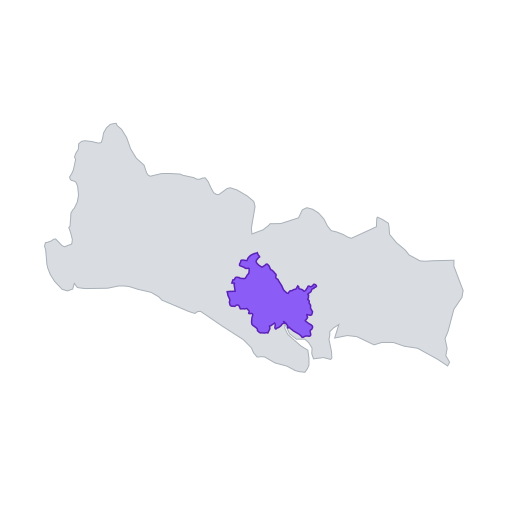 Portugal, with Santarém highlighted, rotated 280°
{"feature_id": "PRT-748", "entity_name": "Santarém", "entity_type": "District", "adm_level": 1, "iso_a3": "PRT", "parent_name": "Portugal", "parent_adm1": "", "projection": "natural_earth1", "projection_center": [-8.43, 39.286], "detail": "fine", "context": "in_parent", "style": "filled", "palette": "violet", "viewbox_px": 512, "rotation_deg": 280, "n_neighbors": 0, "source": "natural_earth", "source_scale": "10m", "svg_char_len": 6236}
<svg xmlns="http://www.w3.org/2000/svg" viewBox="0 0 512 512"><g transform="rotate(280 256 256)"><path d="M196.1,62.0L202.2,56.5L208.2,52.9L211.6,51.5L225.5,47.8L229.1,46.0L232.6,46.3L233.2,48.1L235.1,51.5L237.4,53.9L238.0,55.7L232.6,63.1L231.8,65.7L234.7,70.5L235.2,71.9L236.5,72.5L240.3,72.3L247.0,69.3L251.5,66.7L253.1,67.7L266.3,66.3L269.4,67.5L271.5,68.8L278.0,70.6L285.0,70.7L293.8,68.2L297.6,65.7L298.3,62.9L298.5,60.8L299.6,59.5L301.6,58.7L304.7,60.1L309.1,61.2L319.8,61.6L321.9,60.1L325.5,60.6L330.3,62.5L335.8,61.9L338.6,64.3L339.8,67.4L340.2,74.3L339.8,81.3L340.9,83.9L344.6,84.5L350.7,84.5L356.1,86.4L360.3,89.6L361.7,93.0L362.4,95.3L360.3,96.6L357.4,101.6L350.1,108.1L339.6,114.0L331.5,121.2L326.0,130.0L319.1,133.7L317.0,135.6L316.2,138.0L320.8,148.7L322.3,156.9L323.5,167.0L322.8,169.9L322.4,181.0L321.4,184.2L321.7,186.9L323.4,189.7L324.2,192.4L321.0,195.9L315.2,199.9L310.9,203.4L309.7,206.7L310.1,208.8L317.4,215.8L318.7,218.7L317.8,225.6L313.6,237.0L309.6,243.9L308.9,244.6L304.4,246.5L282.4,246.6L277.0,248.2L277.8,249.5L283.0,258.4L288.4,263.2L290.2,264.2L292.2,274.6L301.0,291.3L309.5,293.6L312.4,297.7L311.9,303.5L309.3,310.0L304.2,316.5L298.0,321.1L294.0,325.7L293.7,331.1L292.4,337.8L290.5,343.2L290.0,346.8L305.7,369.5L314.3,368.4L315.4,368.9L313.9,374.3L311.2,380.7L307.9,381.9L300.5,383.8L293.5,392.0L287.8,401.9L283.6,406.6L279.7,418.4L280.2,423.4L282.1,431.3L286.2,451.7L280.4,452.6L257.9,466.0L251.0,466.0L237.9,460.1L215.0,458.2L207.5,456.5L198.1,460.3L190.9,460.2L185.1,465.1L181.0,463.8L185.8,452.8L193.2,431.1L192.9,417.8L194.7,406.3L192.7,394.9L189.0,387.7L194.1,369.3L193.5,359.7L188.9,347.7L202.9,349.5L198.6,344.8L194.3,341.8L190.2,342.5L186.7,342.3L174.8,347.0L168.8,348.4L167.1,347.6L167.7,340.1L164.7,330.5L169.4,327.9L175.0,327.2L179.7,323.1L182.6,318.5L181.1,310.3L185.2,302.5L194.8,295.9L189.9,296.9L184.2,301.0L175.2,315.9L172.2,323.4L164.6,325.9L157.7,327.1L154.2,326.3L150.0,324.4L149.6,318.8L150.0,314.4L152.9,305.6L154.0,293.2L158.1,282.0L157.8,279.0L156.7,274.6L160.3,270.3L164.8,267.4L171.5,257.9L181.0,235.1L191.9,211.0L191.1,208.1L188.8,205.8L189.7,199.3L196.2,171.0L198.9,167.3L202.0,159.0L202.7,145.6L203.9,136.3L203.6,131.7L202.7,126.1L198.5,115.5L194.2,93.1L193.9,85.6L197.5,81.8L191.6,81.2L188.9,76.4L189.5,70.9L196.1,62.0Z" fill="#d9dde1" stroke="#a8b0b8" stroke-width="1"/><path d="M194.9,296.6L196.0,295.5L196.6,294.3L194.8,295.6L194.3,294.5L194.0,294.1L193.7,293.7L193.3,293.4L192.0,292.9L191.6,292.6L189.7,290.9L189.3,290.4L188.9,289.3L188.4,289.0L187.9,288.7L187.6,288.3L187.6,287.8L188.5,287.1L189.3,286.9L191.3,287.0L192.3,286.7L193.2,285.9L189.9,282.7L189.4,281.5L186.8,282.3L182.2,281.0L182.4,279.8L181.6,277.8L181.4,275.2L181.0,273.7L181.3,272.7L182.7,270.4L184.0,270.1L184.6,269.7L185.2,268.9L187.3,264.7L188.1,263.8L190.1,263.1L194.4,262.7L197.5,263.1L198.5,262.4L198.6,261.8L198.7,261.5L198.7,261.4L198.6,261.2L198.2,260.3L198.1,259.6L198.1,259.1L198.4,258.7L198.9,258.7L199.4,259.0L200.1,259.0L200.6,258.8L202.3,256.7L202.7,256.1L201.9,253.9L201.8,252.4L201.2,249.8L202.7,248.7L203.3,248.4L203.8,248.0L204.3,247.5L204.5,246.7L204.3,245.4L203.8,244.8L203.2,244.4L202.8,243.9L202.6,243.3L202.6,242.3L202.4,240.9L202.4,240.3L202.8,239.5L203.1,239.0L206.1,237.7L207.3,238.0L208.1,237.9L209.3,237.3L212.5,235.1L213.4,234.8L214.0,234.7L214.9,234.1L215.9,233.8L216.8,237.2L216.9,238.1L217.4,240.0L217.5,240.7L217.6,241.2L217.7,241.6L218.9,241.2L221.6,240.2L222.4,240.0L223.9,239.4L225.1,239.6L225.5,239.4L225.3,237.8L225.1,237.2L225.2,236.8L225.7,237.0L228.4,237.3L228.8,238.5L229.4,238.9L230.3,239.1L231.1,239.5L231.5,239.9L231.7,240.4L231.8,240.8L231.8,241.2L231.8,241.6L231.9,243.1L231.4,243.9L231.4,245.4L231.7,248.3L232.3,249.4L235.9,250.8L237.6,251.9L239.0,251.9L241.2,251.7L242.6,251.2L242.6,250.8L242.5,250.2L242.1,249.0L242.0,248.1L242.3,247.0L242.8,246.2L243.6,242.0L243.9,241.4L245.3,241.2L247.3,241.9L248.9,241.9L249.3,242.3L249.5,242.8L249.6,243.4L249.7,244.0L249.8,244.6L249.8,245.8L249.8,247.1L249.9,247.8L250.4,248.0L251.1,248.2L251.9,248.3L253.2,248.8L254.2,249.5L255.4,250.3L256.7,251.8L258.1,253.9L258.4,254.5L258.9,255.9L259.5,256.7L258.1,257.5L257.6,257.8L256.4,259.3L256.1,259.6L255.7,259.7L254.7,258.7L252.1,257.3L250.8,257.0L250.0,257.3L248.8,258.4L247.4,260.4L246.0,263.9L248.6,266.6L249.6,267.3L249.9,267.8L250.0,268.4L248.7,270.4L245.6,272.5L245.1,272.9L244.9,274.0L244.6,274.6L243.7,276.0L242.1,277.8L241.9,278.2L241.6,278.6L241.1,279.0L240.2,279.2L238.9,279.0L238.3,279.1L237.4,280.0L236.7,281.7L235.1,282.9L231.3,286.4L227.6,288.9L226.8,289.8L224.9,292.8L224.8,294.1L226.4,294.8L227.1,295.2L227.7,295.8L227.9,296.6L228.1,297.3L228.5,297.9L229.2,298.5L229.7,299.4L229.9,300.0L230.0,300.6L230.9,301.3L233.8,302.3L233.2,303.3L232.8,303.6L232.0,303.6L231.7,303.7L231.3,304.2L231.1,305.0L231.1,306.3L230.9,307.2L230.7,307.9L230.3,308.4L229.9,308.9L229.7,309.4L229.8,310.0L230.4,310.5L230.8,310.8L234.2,312.3L235.0,312.4L235.3,312.6L235.6,313.3L235.3,314.7L235.2,315.3L235.7,316.0L236.7,317.1L237.2,317.2L237.8,317.5L238.2,317.9L238.3,318.6L238.0,319.8L236.8,320.8L235.8,320.3L235.5,319.8L235.1,318.8L234.8,318.6L234.5,318.7L234.1,318.7L233.9,318.3L233.8,317.8L233.5,317.3L233.1,316.9L232.4,316.7L230.4,316.3L229.8,315.8L228.0,314.0L227.5,313.7L227.1,313.7L226.8,314.1L226.7,314.5L226.4,314.7L226.0,314.6L225.3,314.6L224.6,314.9L223.7,314.8L222.6,314.4L222.2,314.4L222.0,314.8L221.9,315.3L221.6,315.7L221.3,316.0L220.9,316.2L220.4,316.4L219.7,316.3L219.0,316.4L217.6,317.8L217.0,318.3L214.0,318.8L210.9,321.4L209.2,321.2L208.6,321.2L207.8,321.0L207.1,320.1L207.0,319.4L207.0,318.7L207.1,318.0L207.1,317.4L207.2,316.8L207.2,316.4L206.9,316.2L205.8,316.7L204.5,317.5L202.7,316.8L201.9,316.3L201.5,316.0L201.1,315.7L200.6,315.9L198.7,319.6L197.9,321.9L197.7,322.5L196.7,323.8L195.6,324.1L195.2,324.1L193.3,323.5L192.7,322.7L192.2,322.4L191.5,322.3L190.4,322.6L189.7,323.0L188.4,323.5L187.6,323.6L187.0,323.4L186.4,322.8L186.1,321.6L186.2,320.5L185.7,318.7L185.4,318.1L185.2,317.8L184.0,316.4L184.0,315.4L185.0,314.4L185.5,313.7L186.5,311.9L188.7,305.9L189.4,304.6L190.0,303.7L190.3,302.9L191.6,301.0L190.9,300.5L190.7,299.8L193.1,299.1L194.5,297.5L194.9,297.3L195.0,297.0L194.9,296.6Z" fill="#8b5cf6" stroke="#5b21b6" stroke-width="1.5"/></g></svg>